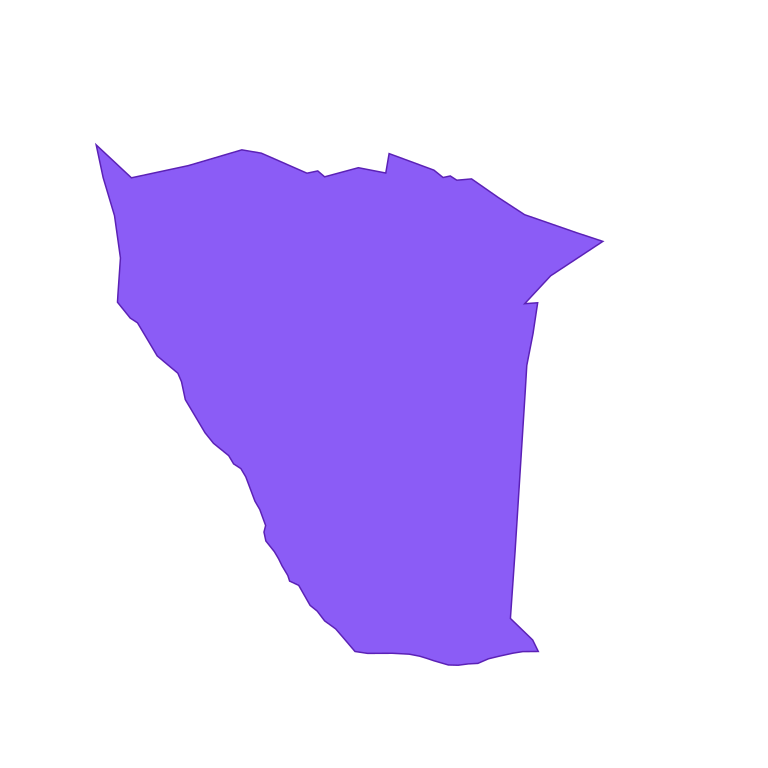 Guaymallén, Mendoza, Argentina (Albers equal-area conic projection), rotated 258°
{"feature_id": "61730980B57963533011884", "entity_name": "Guaymallén", "entity_type": "district", "adm_level": 2, "iso_a3": "ARG", "parent_name": "Argentina", "parent_adm1": "Mendoza", "projection": "albers", "projection_center": [-68.746, -32.899], "detail": "fine", "context": "isolated", "style": "filled", "palette": "violet", "viewbox_px": 768, "rotation_deg": 258, "n_neighbors": 0, "source": "geoboundaries", "source_scale": "gbopen_adm2", "svg_char_len": 1146}
<svg xmlns="http://www.w3.org/2000/svg" viewBox="0 0 768 768"><g transform="rotate(258 384 384)"><path d="M528.1,142.7L519.4,140.3L501.2,149.5L495.1,155.6L476.9,161.8L458.6,168.0L443.9,179.5L437.4,184.6L428.3,186.4L410.0,186.4L391.8,192.6L373.5,198.8L361.4,204.9L346.2,217.2L337.1,220.3L331.0,226.4L321.9,229.5L296.2,233.4L287.1,236.4L270.2,238.8L264.1,235.8L255.0,235.8L242.8,241.9L234.8,244.6L227.2,246.5L216.7,250.1L210.8,250.7L204.8,258.7L182.8,265.7L175.8,271.4L164.6,276.7L154.5,285.8L143.4,291.9L128.4,300.0L123.9,312.0L118.9,336.1L114.5,352.5L110.3,362.4L106.7,368.9L102.9,375.3L95.8,388.5L93.5,398.1L92.7,408.3L91.2,417.7L93.5,429.1L93.8,439.8L93.9,454.3L93.4,464.0L90.3,479.3L102.7,476.2L128.4,458.9L192.6,477.3L348.8,521.0L372.4,527.5L402.2,540.2L431.5,551.2L433.3,538.3L455.2,569.5L478.0,627.7L492.0,603.7L520.4,556.7L542.8,534.4L566.4,512.3L568.2,497.6L573.7,492.1L573.7,484.7L582.8,477.3L608.3,436.9L590.0,429.6L600.9,403.9L599.0,369.0L606.2,363.5L606.2,352.5L635.3,312.0L642.6,293.6L638.3,237.9L638.2,179.8L677.7,152.2L644.2,152.2L604.7,155.4L562.0,152.4L528.1,142.7Z" fill="#8b5cf6" stroke="#5b21b6" stroke-width="1.5"/></g></svg>